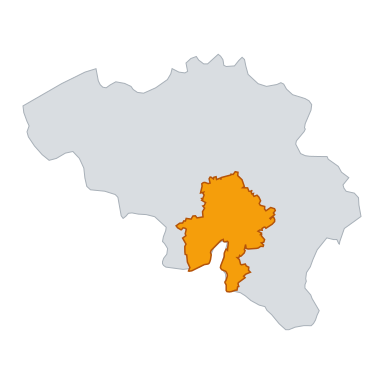 where Namur sits in Belgium
{"feature_id": "BEL-3476", "entity_name": "Namur", "entity_type": "Province", "adm_level": 1, "iso_a3": "BEL", "parent_name": "Belgium", "parent_adm1": "", "projection": "albers", "projection_center": [4.867, 50.216], "detail": "fine", "context": "in_parent", "style": "filled", "palette": "amber", "viewbox_px": 384, "rotation_deg": 0, "n_neighbors": 0, "source": "natural_earth", "source_scale": "10m", "svg_char_len": 4407}
<svg xmlns="http://www.w3.org/2000/svg" viewBox="0 0 384 384"><path d="M172.1,68.6L178.9,72.1L184.9,72.9L187.6,71.4L186.0,63.0L190.9,58.5L196.3,56.5L198.7,60.1L203.7,63.9L207.6,63.9L218.2,54.3L220.6,56.2L222.9,59.6L223.4,62.4L223.8,65.3L226.2,66.5L234.5,65.9L238.7,60.6L242.1,57.3L244.5,59.5L245.8,66.0L248.1,74.4L258.1,83.7L266.5,86.4L276.9,84.5L280.9,82.7L283.7,84.1L286.5,89.1L292.6,94.7L305.1,98.6L309.0,100.8L311.7,104.6L311.0,110.1L305.2,123.7L304.5,127.8L305.3,129.1L304.1,131.6L296.4,140.9L295.7,144.1L298.4,149.3L300.6,153.6L305.3,155.7L309.8,156.3L318.2,156.5L327.1,156.6L328.2,159.2L338.3,166.4L341.5,172.2L348.8,177.7L343.0,184.9L343.9,188.1L346.2,191.3L354.3,193.1L358.5,197.7L358.9,204.9L361.0,216.5L344.3,228.5L339.8,241.5L339.4,244.1L338.8,243.7L336.8,239.5L333.8,239.6L326.8,237.9L317.2,249.8L312.9,259.6L310.3,266.8L306.5,272.6L305.7,278.7L306.3,281.3L305.0,284.6L304.9,288.1L310.7,294.9L312.1,298.6L319.2,310.7L317.1,315.2L315.5,320.0L313.5,323.5L311.2,325.7L304.0,325.6L295.0,327.2L288.9,329.7L285.7,329.7L279.1,323.7L271.7,314.7L267.0,310.4L264.9,306.6L259.2,305.1L251.0,300.6L245.3,295.8L240.4,292.7L233.5,291.2L227.9,291.4L226.2,283.2L225.5,273.8L220.9,267.5L227.3,243.0L223.5,240.6L219.4,242.5L213.5,248.4L210.7,255.3L209.0,261.5L199.0,267.4L183.2,269.4L165.9,267.1L163.6,265.5L162.5,263.7L162.5,261.6L163.7,258.2L166.8,254.2L167.6,248.5L164.5,243.5L162.5,241.5L163.4,236.7L165.7,230.7L166.2,227.3L154.7,216.7L146.3,214.6L138.2,214.1L132.0,212.9L128.4,213.3L125.8,216.3L123.1,218.4L121.2,215.8L117.9,197.3L115.2,194.5L104.7,191.2L90.5,189.8L86.8,186.4L84.9,178.0L83.8,168.0L79.3,158.3L77.0,155.9L72.9,151.5L65.4,153.1L56.4,158.4L51.1,159.8L49.1,160.3L42.2,154.7L34.5,146.0L28.4,136.9L27.0,131.8L29.1,125.9L26.9,121.1L23.8,112.6L23.0,105.9L61.7,83.6L85.0,72.1L96.0,68.7L98.3,80.8L100.2,84.7L102.8,87.2L106.2,87.8L110.2,84.9L115.8,81.8L124.6,83.4L131.0,86.4L133.2,89.5L137.4,92.4L143.6,93.2L155.7,87.8L167.4,79.6L170.8,73.8L172.1,68.6Z" fill="#d9dde1" stroke="#a8b0b8" stroke-width="1"/><path d="M224.6,241.9L223.6,241.5L223.2,239.4L220.8,240.5L211.3,250.2L210.8,251.3L210.5,252.6L210.7,253.5L211.1,254.2L211.2,255.1L210.5,259.6L209.8,261.8L209.0,263.4L208.0,264.0L204.3,264.6L191.8,270.8L189.1,271.2L188.5,271.0L188.7,270.4L189.9,267.5L187.4,262.1L186.7,254.9L185.2,254.4L184.9,252.1L184.8,246.5L186.0,244.1L182.6,238.1L185.9,235.7L185.2,233.7L186.3,229.2L185.0,228.2L183.1,227.8L181.5,229.7L180.8,229.7L177.6,227.8L176.1,225.8L179.7,223.2L182.6,223.0L183.8,220.9L185.4,221.0L186.2,218.4L191.1,219.1L192.9,216.0L195.4,215.8L197.0,217.9L203.0,216.9L202.5,211.7L204.6,208.1L202.8,206.0L204.2,205.5L205.6,202.6L201.7,200.3L202.6,199.5L201.7,198.5L202.9,198.3L204.1,195.0L203.0,193.5L203.7,192.2L200.5,193.0L202.1,186.2L201.8,183.8L203.3,182.6L204.9,182.4L208.1,183.6L210.1,183.1L209.1,178.8L210.1,177.1L210.9,177.1L213.4,178.9L213.8,177.3L216.1,176.7L216.6,179.5L220.2,178.1L221.2,179.6L220.9,178.0L221.3,177.5L230.8,175.0L230.9,174.2L233.2,174.4L235.2,171.7L238.0,172.3L237.7,175.6L242.0,179.7L244.3,186.4L242.7,187.7L247.6,187.9L248.9,191.2L250.1,191.4L252.3,190.4L251.1,191.6L251.7,193.8L253.4,193.5L253.0,194.7L254.0,196.4L257.0,195.2L258.9,197.1L260.6,200.8L259.2,203.5L260.3,205.3L264.7,206.5L264.6,209.1L265.9,210.8L270.7,207.5L274.5,208.7L275.3,210.5L273.4,213.0L274.7,214.7L269.9,218.3L270.6,219.0L271.7,217.4L273.7,217.3L274.7,219.5L274.6,221.6L272.2,224.2L265.9,228.3L265.0,227.1L264.0,227.2L262.0,228.5L262.2,230.2L259.7,230.0L258.0,231.2L261.5,233.1L260.5,234.5L261.6,234.5L261.4,235.9L264.6,239.6L263.8,242.1L261.3,242.9L263.6,245.0L263.1,246.5L260.7,246.3L258.3,248.0L256.4,248.4L248.0,249.0L246.1,248.4L245.6,244.5L244.3,249.8L245.1,250.6L244.2,253.0L241.2,256.0L240.4,256.3L239.6,255.5L238.9,257.6L237.2,257.6L239.4,259.7L240.6,264.3L241.5,264.8L245.3,264.0L246.2,265.9L248.8,267.2L248.5,270.3L250.4,272.2L245.9,274.1L243.6,276.2L245.1,277.7L238.4,282.6L238.0,283.8L238.8,286.5L237.6,286.8L237.2,289.2L237.0,290.1L236.9,290.1L235.3,290.2L231.4,291.6L229.4,291.9L227.0,291.6L226.2,290.5L226.2,285.3L226.0,284.5L225.1,283.0L224.9,282.3L225.1,281.5L225.9,280.6L226.2,279.8L226.7,278.1L227.1,277.0L227.4,275.8L227.2,273.9L225.8,271.4L221.6,269.6L220.4,267.7L220.8,265.5L224.2,256.9L224.3,255.4L224.2,254.2L224.3,253.0L226.0,249.3L226.5,249.1L227.5,250.2L227.7,247.7L228.1,244.9L228.3,242.4L227.4,241.3L224.6,241.9Z" fill="#f59e0b" stroke="#b45309" stroke-width="1.5"/></svg>